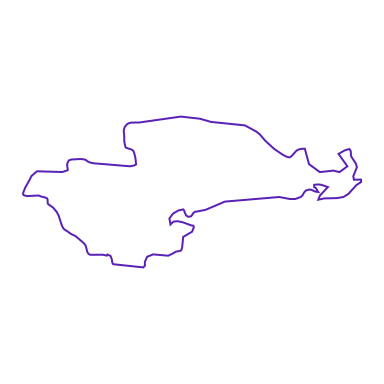 an SVG outline of Waterford
{"feature_id": "IRL-1444", "entity_name": "Waterford", "entity_type": "County", "adm_level": 1, "iso_a3": "IRL", "parent_name": "Ireland", "parent_adm1": "", "projection": "natural_earth1", "projection_center": [-7.576, 52.152], "detail": "fine", "context": "isolated", "style": "outline", "palette": "violet", "viewbox_px": 384, "rotation_deg": 0, "n_neighbors": 0, "source": "natural_earth", "source_scale": "10m", "svg_char_len": 2166}
<svg xmlns="http://www.w3.org/2000/svg" viewBox="0 0 384 384"><path d="M350.5,150.4L350.8,152.2L351.0,155.9L351.9,157.6L355.9,163.6L356.9,167.2L353.3,176.2L353.9,179.7L361.0,179.6L361.0,182.1L356.5,185.0L348.3,194.0L343.4,197.0L337.1,198.1L324.3,198.4L318.3,199.7L319.9,195.6L327.9,187.1L321.7,184.9L318.1,184.4L314.2,184.8L314.2,187.1L315.8,188.1L316.6,189.2L317.2,190.5L318.2,192.0L315.3,191.6L311.6,189.9L309.4,189.5L305.9,190.5L304.0,192.6L302.7,195.1L300.8,197.0L295.2,199.0L289.9,199.0L279.2,197.0L224.9,201.6L205.4,209.9L194.9,211.9L193.5,212.8L192.4,214.6L190.9,216.4L188.1,216.8L186.1,215.4L184.9,212.9L184.1,210.5L183.2,209.4L178.3,210.5L172.9,213.7L169.4,218.5L170.5,224.5L173.3,221.7L177.6,221.2L182.8,222.3L191.3,225.4L193.3,225.7L193.8,227.3L192.1,231.7L183.2,236.9L182.1,247.9L181.1,250.5L178.7,251.2L175.9,251.6L173.6,253.1L168.2,255.7L153.2,254.4L147.2,256.7L144.9,261.8L144.9,265.6L143.3,267.4L113.2,264.2L112.3,262.7L111.8,259.3L110.6,256.0L107.4,254.5L106.8,255.6L102.7,254.7L91.5,254.8L89.7,254.6L88.3,253.6L87.3,252.0L85.8,246.0L85.0,244.7L83.6,243.0L75.4,236.0L71.7,234.3L69.0,232.6L67.6,231.4L64.4,229.5L63.2,228.1L61.9,225.6L58.8,216.1L56.9,212.2L53.2,207.7L48.7,204.5L47.7,203.5L47.6,199.7L47.0,198.3L45.0,197.4L41.4,196.6L40.0,196.0L38.5,195.5L27.1,196.1L25.4,195.7L23.8,195.2L23.0,193.9L23.7,191.3L25.3,187.5L29.8,179.5L31.3,176.2L36.9,171.3L62.1,172.0L64.7,171.3L67.7,170.2L67.7,168.8L67.2,166.0L67.2,164.3L67.6,162.6L68.9,160.4L71.4,159.5L80.5,159.0L83.6,159.3L85.7,159.9L87.8,161.5L89.8,162.4L92.7,163.2L130.1,166.3L134.1,165.5L136.1,164.4L135.5,158.7L134.9,155.8L134.2,153.1L133.8,151.9L133.2,150.8L132.2,149.9L130.8,149.3L126.2,147.8L125.4,147.0L124.3,141.7L124.1,133.8L123.7,131.0L124.0,129.1L124.8,126.8L127.2,124.1L129.2,123.1L131.3,122.6L139.2,122.5L180.8,116.6L199.8,118.7L211.0,121.9L244.9,125.4L256.0,131.4L259.6,134.1L265.2,140.7L274.4,149.1L282.7,154.7L287.0,156.9L289.6,157.4L290.8,156.7L291.8,155.8L296.3,150.9L297.3,150.1L299.0,149.4L301.2,148.9L304.8,148.7L309.0,164.1L319.8,172.1L333.3,170.6L339.5,172.1L347.4,166.3L338.5,153.9L344.9,150.3L349.3,149.0L350.5,150.4Z" fill="none" stroke="#5b21b6" stroke-width="2"/></svg>